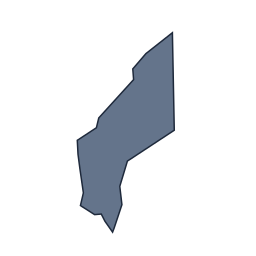 Nea Dimmata, Paphos, Cyprus (Robinson projection), rotated 287°
{"feature_id": "46923920B46387539278372", "entity_name": "Nea Dimmata", "entity_type": "district", "adm_level": 2, "iso_a3": "CYP", "parent_name": "Cyprus", "parent_adm1": "Paphos", "projection": "robinson", "projection_center": [32.536, 35.136], "detail": "fine", "context": "isolated", "style": "filled", "palette": "slate", "viewbox_px": 256, "rotation_deg": 287, "n_neighbors": 0, "source": "geoboundaries", "source_scale": "gbopen_adm2", "svg_char_len": 406}
<svg xmlns="http://www.w3.org/2000/svg" viewBox="0 0 256 256"><g transform="rotate(287 128 128)"><path d="M139.4,172.9L232.1,142.6L204.4,123.4L185.9,115.3L175.9,119.2L129.1,97.1L119.0,97.7L101.4,83.1L88.2,87.9L75.0,93.9L52.9,104.3L39.9,105.2L35.4,121.4L37.9,127.6L32.1,133.2L23.9,143.7L28.0,144.0L52.9,144.6L69.8,137.2L96.2,137.1L139.4,172.9Z" fill="#64748b" stroke="#1e293b" stroke-width="1.5"/></g></svg>